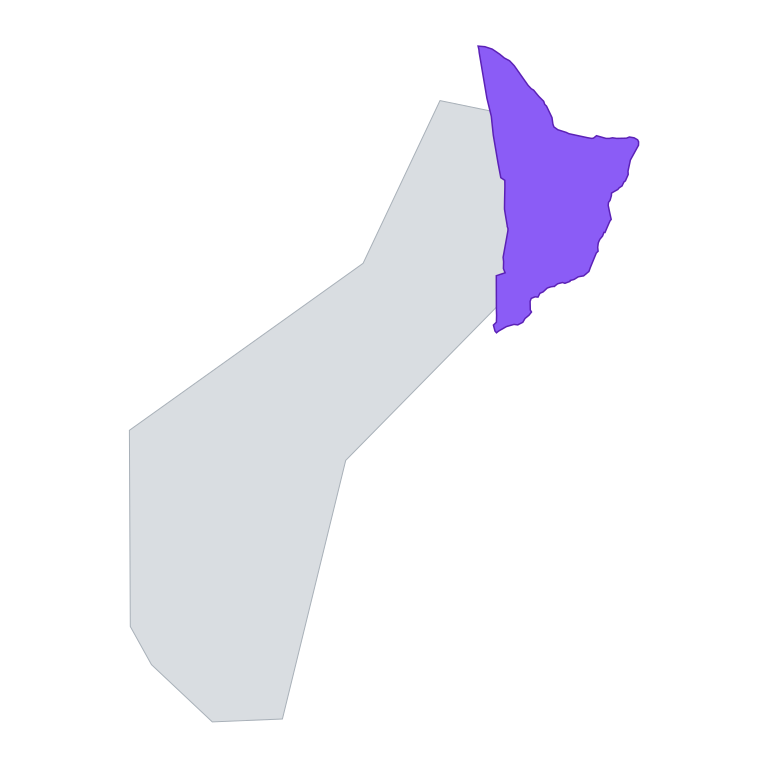 location of Yigo, Guam
{"feature_id": "77769853B33377803133936", "entity_name": "Yigo", "entity_type": "district", "adm_level": 2, "iso_a3": "GUM", "parent_name": "Guam", "parent_adm1": "", "projection": "albers", "projection_center": [144.906, 13.57], "detail": "fine", "context": "in_parent", "style": "filled", "palette": "violet", "viewbox_px": 768, "rotation_deg": 0, "n_neighbors": 0, "source": "geoboundaries", "source_scale": "gbopen_adm2", "svg_char_len": 1906}
<svg xmlns="http://www.w3.org/2000/svg" viewBox="0 0 768 768"><path d="M282.4,719.0L212.3,721.9L151.5,664.7L130.3,626.5L129.4,430.3L363.1,263.3L440.0,100.6L504.0,113.8L560.7,140.4L612.3,189.3L345.7,460.4L282.4,719.0Z" fill="#d9dde1" stroke="#a8b0b8" stroke-width="1"/><path d="M496.4,309.6L496.6,315.5L496.4,322.2L493.4,325.1L495.0,331.1L496.5,332.8L497.7,331.8L498.9,330.9L506.4,326.6L514.0,324.4L517.8,324.9L519.2,324.1L522.8,322.3L525.0,318.5L529.0,315.2L531.5,312.0L530.3,310.0L530.1,301.4L531.2,298.4L535.1,296.8L538.0,297.1L539.9,293.3L543.1,291.9L546.0,289.2L547.3,288.0L550.9,286.8L553.9,286.4L554.1,286.4L554.3,286.5L554.6,286.3L554.7,286.1L557.6,283.8L562.5,282.5L564.9,283.3L570.0,281.4L570.2,280.5L573.9,279.5L574.8,279.0L578.3,276.8L581.6,276.2L583.6,275.9L588.5,271.8L588.9,271.5L590.5,267.1L596.3,253.0L598.1,251.2L597.7,247.3L598.3,242.8L599.8,239.4L602.6,236.0L603.9,232.4L605.0,232.5L607.2,227.3L609.9,221.1L611.2,219.4L609.6,212.2L608.2,205.4L608.5,202.4L610.1,200.2L611.4,195.6L611.5,193.1L613.7,191.8L617.8,189.5L619.2,187.8L622.1,185.9L622.6,184.7L623.9,182.0L625.4,180.9L628.2,174.5L628.0,171.2L630.4,160.0L638.5,145.3L638.6,141.8L637.6,139.8L634.1,137.8L629.4,137.0L626.4,138.2L616.6,138.4L612.5,137.8L609.5,138.4L606.0,138.4L596.5,135.7L593.4,138.2L591.5,138.4L587.5,137.7L568.9,133.7L566.2,132.4L557.7,129.7L557.1,129.2L553.9,126.9L552.9,124.1L552.0,117.6L546.5,106.1L544.7,104.4L543.7,101.3L539.0,96.6L537.2,94.5L533.6,90.1L531.2,88.7L528.1,85.4L520.7,74.9L514.3,65.8L509.6,60.8L504.3,58.0L499.6,54.1L492.2,49.1L484.9,46.7L478.1,46.1L478.9,49.5L479.2,52.6L486.9,98.2L491.3,116.3L493.3,135.3L498.0,162.9L500.8,177.7L504.8,180.3L504.9,186.4L504.6,199.9L504.5,207.5L504.5,209.2L505.4,214.9L507.2,225.6L507.2,226.4L508.0,228.6L507.9,230.8L506.0,241.4L503.1,257.3L503.6,261.7L503.4,268.5L505.1,272.8L496.3,275.7L496.4,309.6Z" fill="#8b5cf6" stroke="#5b21b6" stroke-width="1.5"/></svg>